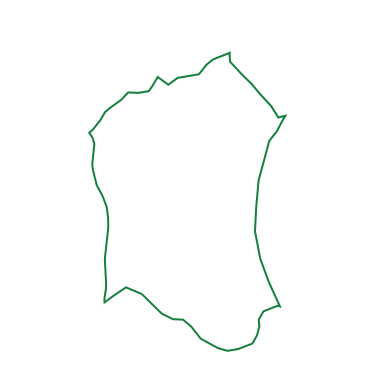 Tokchon City, P'yŏngan-namdo, North Korea, rotated 285°
{"feature_id": "82179303B91694454499505", "entity_name": "Tokchon City", "entity_type": "district", "adm_level": 2, "iso_a3": "PRK", "parent_name": "North Korea", "parent_adm1": "P'yŏngan-namdo", "projection": "mercator", "projection_center": [126.309, 39.767], "detail": "fine", "context": "isolated", "style": "outline", "palette": "green", "viewbox_px": 384, "rotation_deg": 285, "n_neighbors": 0, "source": "geoboundaries", "source_scale": "gbopen_adm2", "svg_char_len": 983}
<svg xmlns="http://www.w3.org/2000/svg" viewBox="0 0 384 384"><g transform="rotate(285 192 192)"><path d="M55.0,281.0L61.2,289.5L70.3,291.9L79.4,291.9L86.2,289.5L95.3,292.0L104.3,304.2L104.2,306.6L124.8,289.6L145.4,275.1L170.4,263.0L193.2,258.1L220.5,253.3L240.9,253.4L261.3,253.4L272.7,258.3L284.0,260.8L289.8,262.4L286.3,256.0L295.5,246.2L304.7,231.6L311.6,221.9L318.5,209.7L327.7,195.1L334.5,192.7L336.2,192.4L325.5,178.0L318.8,173.1L307.5,168.2L303.0,158.4L298.5,148.6L289.5,141.3L294.2,129.1L285.1,126.6L278.3,124.2L273.8,114.4L271.7,104.6L262.6,99.7L253.6,92.3L246.8,87.4L237.8,84.9L226.4,80.0L222.6,77.4L218.7,81.9L213.3,85.2L193.0,88.5L188.4,90.2L173.8,98.3L165.3,106.4L155.6,113.4L145.8,117.5L136.1,120.3L104.9,125.1L81.7,132.6L76.6,133.9L65.8,135.1L62.8,136.1L71.5,143.1L82.8,152.9L80.4,170.0L73.5,182.2L66.6,194.4L64.2,206.6L66.4,216.3L61.8,226.1L52.6,238.3L50.2,248.0L47.9,257.7L47.8,267.5L52.3,277.3L55.0,281.0Z" fill="none" stroke="#15803d" stroke-width="2"/></g></svg>